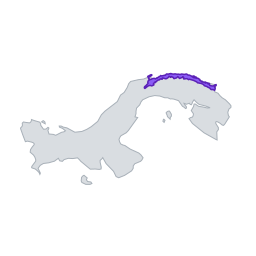 Kuna Yala highlighted on a map of Panama, rotated 339°
{"feature_id": "PAN-1419", "entity_name": "Kuna Yala", "entity_type": "Indigenous Territory", "adm_level": 1, "iso_a3": "PAN", "parent_name": "Panama", "parent_adm1": "", "projection": "orthographic", "projection_center": [-78.371, 9.056], "detail": "fine", "context": "in_parent", "style": "filled", "palette": "violet", "viewbox_px": 256, "rotation_deg": 339, "n_neighbors": 0, "source": "natural_earth", "source_scale": "10m", "svg_char_len": 6644}
<svg xmlns="http://www.w3.org/2000/svg" viewBox="0 0 256 256"><g transform="rotate(339 128 128)"><path d="M225.7,119.5L225.0,120.0L223.0,122.8L221.9,125.3L224.5,127.8L225.3,130.5L226.7,133.5L229.0,136.5L231.5,142.0L232.1,144.2L231.4,145.7L229.0,146.5L226.8,149.1L226.2,152.3L226.6,153.9L219.9,158.9L218.2,159.8L217.0,159.0L215.6,156.5L213.9,154.4L212.9,153.7L212.4,153.7L211.9,154.1L211.6,155.3L212.5,160.0L211.8,161.9L209.5,163.4L206.9,171.1L205.9,170.1L197.3,159.8L189.8,146.9L188.3,141.1L190.2,140.7L192.1,140.9L193.1,140.0L194.2,138.3L193.3,134.4L196.9,131.4L198.3,129.3L199.3,129.6L201.6,133.0L205.1,135.0L209.3,137.8L211.9,138.5L208.6,135.5L202.9,131.5L201.3,128.9L199.8,125.3L197.5,126.9L196.5,128.2L195.4,129.0L194.4,128.1L194.2,126.9L190.8,126.7L190.0,125.6L189.1,125.0L189.5,127.3L190.1,128.7L189.8,130.3L188.7,130.5L187.8,128.7L186.6,127.2L185.0,120.6L181.2,117.5L179.4,116.5L178.0,116.1L175.9,114.0L173.1,112.9L169.2,109.6L164.6,107.3L158.9,106.4L151.9,106.9L149.6,108.2L148.0,109.8L147.2,110.6L143.1,112.5L141.5,115.2L140.6,117.5L138.5,120.1L140.8,121.7L127.4,130.5L124.7,131.8L118.7,132.7L117.3,133.6L115.5,135.4L115.2,138.0L115.5,140.3L117.2,142.1L118.8,143.2L122.5,148.5L129.1,155.2L130.4,157.6L131.4,161.2L129.4,162.9L127.8,163.6L121.5,163.8L119.3,165.3L118.4,167.5L116.0,169.3L107.9,171.0L101.5,171.1L99.5,169.1L99.0,163.3L94.8,153.4L93.8,146.6L92.7,147.4L90.4,148.2L89.7,149.9L89.0,154.9L88.2,156.6L86.4,156.4L82.8,154.6L78.0,152.9L72.0,142.2L71.3,140.2L70.2,137.8L65.4,136.7L61.4,134.9L57.0,134.6L54.8,135.6L52.5,134.2L52.1,131.3L47.5,132.6L41.6,132.1L36.3,130.8L32.7,131.4L29.6,133.4L30.0,138.7L29.1,139.7L29.0,137.6L27.9,135.1L26.7,133.0L24.0,130.8L23.9,130.0L25.0,129.0L29.9,125.9L30.5,124.6L30.6,121.9L30.1,119.4L28.0,115.5L29.3,113.2L31.8,111.4L34.4,109.9L34.8,109.3L34.4,108.0L32.9,106.6L29.4,104.2L27.3,104.0L27.3,97.2L27.5,89.9L28.1,89.2L29.3,88.8L30.4,87.7L31.0,85.6L32.5,84.9L35.2,86.5L38.0,88.0L39.2,87.6L40.1,86.9L40.7,86.2L40.9,85.5L43.2,87.5L47.7,90.9L48.0,92.6L47.5,94.2L48.7,98.9L51.1,99.6L53.5,98.7L54.1,99.5L53.7,100.4L52.4,101.3L52.1,105.3L56.0,107.2L57.9,108.9L64.5,108.2L66.9,108.6L68.6,108.2L66.8,105.0L64.3,102.6L64.5,101.5L66.4,102.3L67.8,103.9L71.0,106.0L76.9,112.9L83.7,114.7L89.0,114.5L94.1,113.6L102.1,111.0L107.9,106.1L112.5,104.0L127.5,99.5L132.8,94.6L135.1,94.0L137.2,93.4L141.9,89.8L144.5,86.9L147.1,85.5L155.0,86.6L160.1,87.9L163.7,87.8L167.1,88.7L168.6,90.8L170.1,91.7L178.5,91.5L185.3,92.5L200.4,98.6L209.3,104.7L214.1,111.2L225.7,119.5ZM74.4,166.9L72.4,167.0L68.4,165.5L65.5,162.4L65.3,161.5L65.4,160.5L67.0,157.4L69.1,156.4L70.0,156.4L72.0,160.0L70.6,161.3L71.1,163.5L74.0,165.1L74.4,166.9ZM171.2,133.4L170.5,134.9L168.9,131.5L169.1,130.6L169.0,127.5L170.6,126.7L171.8,126.7L172.8,127.1L173.4,130.7L172.8,132.4L171.2,133.4ZM52.6,92.7L52.2,94.4L49.5,91.3L51.1,90.8L51.7,90.9L52.6,92.7ZM165.3,134.1L163.7,135.7L163.0,134.2L164.2,132.6L164.6,132.6L165.3,134.1Z" fill="#d9dde1" stroke="#a8b0b8" stroke-width="1"/><path d="M225.7,119.2L225.6,119.7L225.3,120.0L224.7,120.1L224.1,120.2L223.5,120.6L223.5,120.8L223.7,121.2L223.7,121.9L223.3,122.8L222.3,123.8L221.3,122.7L220.9,122.5L219.5,122.0L219.1,121.4L218.7,120.2L218.3,119.6L217.2,118.6L216.7,117.8L215.7,116.9L214.8,116.2L214.5,115.9L214.3,115.6L214.3,115.4L214.2,114.9L214.0,114.4L213.6,113.9L212.2,112.6L211.7,112.3L211.2,112.0L210.2,111.3L209.6,111.0L209.2,110.8L209.0,110.4L208.8,109.9L208.4,109.3L206.5,107.3L205.4,106.4L202.8,104.5L201.8,104.5L201.0,103.3L200.7,103.1L200.3,102.9L197.9,102.3L197.6,102.1L197.6,101.9L197.9,101.4L198.1,100.9L197.9,100.2L197.6,99.9L197.4,99.8L197.2,100.0L196.9,100.3L196.6,100.3L195.8,100.2L194.9,100.2L194.1,100.3L193.9,100.1L193.7,99.8L193.3,98.8L193.1,98.2L192.8,97.9L191.5,98.5L191.2,98.6L190.9,98.6L190.3,98.5L189.2,98.5L188.7,98.4L188.5,98.2L188.4,98.0L188.5,97.7L188.3,97.1L188.2,96.8L188.0,96.6L187.7,96.5L187.6,96.4L187.4,96.2L187.3,95.9L187.0,95.6L186.7,95.6L186.2,95.9L186.0,96.0L185.8,95.9L185.7,95.3L185.5,95.0L185.0,94.6L184.7,94.5L184.2,95.1L182.1,95.7L181.6,95.7L180.9,95.6L180.4,95.3L179.2,94.3L178.4,93.8L178.0,93.7L177.8,93.8L177.8,94.4L177.6,94.6L177.4,94.7L176.9,94.5L176.3,93.9L176.0,93.8L175.8,93.8L175.6,93.8L175.4,93.9L175.2,94.1L174.9,94.2L174.5,94.3L173.4,94.1L172.8,94.1L172.3,94.2L172.0,94.3L171.6,94.7L171.2,94.9L170.7,94.9L170.3,94.7L170.1,94.7L169.9,94.7L169.9,94.9L169.9,95.1L169.8,95.3L169.6,95.4L169.2,95.3L168.9,95.3L168.6,95.3L167.8,95.7L167.6,95.9L167.5,96.1L167.5,96.3L167.6,96.5L167.7,96.8L167.6,97.0L167.3,97.1L165.6,97.2L165.1,97.1L164.9,97.0L164.6,96.7L164.3,96.4L163.6,96.1L163.1,96.0L162.6,96.0L162.1,96.0L161.6,96.0L159.1,96.8L158.0,97.1L157.7,96.8L157.7,96.6L157.7,96.2L158.0,95.8L158.2,95.5L158.9,95.2L159.0,95.6L159.8,95.0L160.8,94.4L161.4,94.1L162.1,93.9L162.4,93.7L162.6,93.5L162.7,93.3L162.8,93.1L162.8,92.5L163.0,92.2L163.4,91.6L163.7,91.3L164.0,91.1L164.3,91.0L164.6,91.0L164.9,90.9L165.0,90.6L165.0,87.6L165.0,86.9L166.0,86.8L167.2,86.6L168.7,86.5L169.2,86.8L169.2,87.2L168.6,87.5L168.1,87.4L167.8,87.7L167.4,87.7L166.3,87.8L165.7,88.0L165.3,88.6L165.4,89.5L165.6,90.6L166.2,90.8L166.8,90.7L167.2,90.9L167.6,90.8L168.1,90.7L168.5,90.7L168.9,90.7L169.4,90.8L170.0,91.0L170.4,91.1L170.7,91.4L170.9,91.6L171.1,91.9L171.4,91.8L171.8,91.8L172.1,91.8L172.5,91.9L172.9,91.9L173.1,91.5L173.5,91.5L174.2,91.6L175.2,91.4L175.5,91.1L176.1,91.2L176.5,91.1L176.9,91.0L177.4,90.8L177.7,91.2L178.3,91.5L178.8,91.5L179.9,91.8L180.7,91.7L181.2,92.1L181.8,92.1L182.3,91.9L182.7,91.6L183.3,91.4L183.8,91.5L184.5,92.0L185.0,92.2L186.2,92.2L186.8,92.6L187.2,92.4L187.7,92.6L188.1,93.0L188.5,93.3L189.4,93.8L189.8,94.0L190.3,94.1L191.2,94.3L192.0,94.7L192.5,95.1L193.1,95.4L193.4,95.6L193.8,95.6L194.2,95.7L194.7,96.0L195.2,96.3L195.9,96.7L196.4,96.8L197.0,96.7L197.3,96.8L197.8,97.1L198.2,97.2L198.9,97.6L199.2,98.0L200.2,98.2L201.3,98.4L202.0,98.6L202.4,99.0L202.6,99.5L203.3,100.3L203.8,100.4L204.4,100.7L205.6,102.0L206.2,103.0L206.7,103.6L207.2,104.4L208.5,105.2L208.3,104.7L208.1,104.3L207.7,103.4L207.7,102.9L208.3,103.2L208.8,104.0L209.0,104.4L210.0,105.1L210.1,105.9L210.5,106.3L210.9,106.6L211.5,107.0L211.6,107.4L211.9,107.8L212.3,108.2L212.4,108.5L212.1,109.1L212.8,109.9L213.3,111.1L213.6,111.5L214.0,111.2L214.2,111.7L214.9,112.2L215.6,112.8L216.4,113.7L217.1,114.1L216.9,113.8L216.7,113.5L216.5,113.3L216.4,112.9L216.5,112.8L216.9,113.1L217.3,113.6L217.5,113.8L218.5,114.6L218.4,115.3L219.0,115.8L219.2,115.2L219.6,115.3L219.9,115.9L219.8,116.5L219.7,117.0L219.6,117.5L220.0,117.9L221.1,118.6L222.0,119.1L223.2,119.3L224.3,119.2L224.9,118.8L225.1,118.9L225.2,119.1L225.5,119.2L225.7,119.2Z" fill="#8b5cf6" stroke="#5b21b6" stroke-width="1.5"/></g></svg>